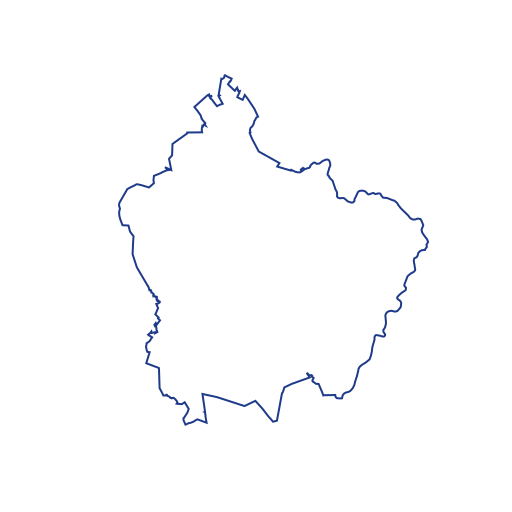 outline of Tepic, Nayarit, Mexico, rotated 55°
{"feature_id": "50627088B74559046187795", "entity_name": "Tepic", "entity_type": "district", "adm_level": 2, "iso_a3": "MEX", "parent_name": "Mexico", "parent_adm1": "Nayarit", "projection": "orthographic", "projection_center": [-104.883, 21.625], "detail": "fine", "context": "isolated", "style": "outline", "palette": "blue", "viewbox_px": 512, "rotation_deg": 55, "n_neighbors": 0, "source": "geoboundaries", "source_scale": "gbopen_adm2", "svg_char_len": 6120}
<svg xmlns="http://www.w3.org/2000/svg" viewBox="0 0 512 512"><g transform="rotate(55 256 256)"><path d="M317.2,411.9L318.3,410.1L318.4,409.6L318.2,409.1L318.6,408.6L319.6,408.9L320.4,408.3L321.1,407.9L321.8,407.7L322.2,407.4L323.2,407.5L324.0,406.4L324.4,406.4L324.5,405.6L325.0,404.8L326.9,404.3L329.6,404.1L330.6,404.5L330.9,404.4L331.2,404.5L331.5,405.6L331.9,405.2L332.3,405.0L332.5,404.3L333.5,403.4L334.8,401.8L334.9,398.3L342.6,398.8L344.8,401.8L347.3,407.8L347.2,408.3L347.3,408.4L348.8,409.5L353.6,410.5L353.7,409.9L354.0,409.5L354.2,407.4L355.2,405.0L355.9,402.0L355.9,399.9L356.2,397.7L364.2,392.1L358.6,389.5L357.3,388.6L357.1,388.6L356.8,388.3L356.0,388.1L354.7,387.4L354.5,387.5L354.6,387.2L338.3,379.0L348.8,369.3L349.2,369.1L349.5,368.7L372.3,351.5L374.3,339.6L384.7,338.3L395.0,337.8L397.8,337.4L401.5,337.1L402.9,333.3L383.3,313.4L383.1,312.4L381.5,310.1L379.9,308.2L381.3,299.9L386.3,281.6L380.9,281.6L381.9,281.1L382.1,281.3L382.5,281.0L384.2,280.9L385.5,278.8L386.1,279.0L386.6,278.8L386.9,279.4L389.0,278.8L390.1,280.7L390.1,281.0L390.9,281.5L391.5,281.5L392.1,281.1L395.1,280.2L396.7,278.1L404.9,279.8L408.8,280.8L408.8,280.5L414.5,272.1L415.3,270.8L416.2,271.3L417.4,271.6L418.8,271.3L420.8,269.0L421.9,267.1L420.2,265.4L419.6,264.2L419.2,262.7L419.3,261.0L419.9,259.5L420.6,257.2L420.5,255.5L419.7,252.4L418.0,249.4L415.0,245.9L412.6,242.6L409.4,238.9L407.3,236.8L406.3,234.8L405.9,231.8L406.2,226.9L405.8,222.2L403.6,219.1L400.7,215.9L397.5,213.1L392.6,207.0L390.6,205.6L389.9,204.7L389.6,203.8L389.6,203.1L390.2,202.3L392.5,200.1L394.8,198.3L395.4,197.1L395.1,195.8L394.0,195.1L391.7,195.2L389.7,194.3L388.6,191.4L386.0,188.4L384.6,187.4L378.8,184.1L377.6,182.2L377.2,180.4L377.6,178.3L378.7,176.3L381.1,174.3L382.2,172.0L381.4,168.5L380.8,166.7L377.8,164.0L376.3,163.7L374.7,163.8L373.6,164.4L371.5,164.6L370.7,163.7L370.1,161.3L369.7,157.7L369.8,155.1L369.8,153.1L368.8,151.9L367.9,151.3L366.1,151.6L365.0,151.3L363.6,149.6L362.3,147.5L360.4,144.8L359.5,143.4L359.1,139.4L359.5,136.2L359.1,134.1L358.5,133.4L355.1,131.8L354.1,131.2L352.2,130.4L350.6,129.6L349.7,128.9L348.7,127.5L349.1,125.2L348.5,123.6L346.5,121.1L346.1,119.1L346.4,116.8L348.0,114.0L347.2,113.0L346.9,111.5L346.5,110.8L345.9,110.4L344.7,110.1L343.2,107.0L340.5,106.3L336.3,106.5L332.0,106.4L329.5,105.4L326.7,101.3L322.4,100.3L320.0,100.1L318.1,102.1L317.5,104.4L316.3,106.3L314.9,107.4L313.1,108.0L310.0,108.1L300.1,110.0L296.0,110.2L293.4,110.0L290.1,110.9L288.5,112.2L283.9,115.2L282.4,116.8L281.3,118.3L280.3,118.6L279.6,118.5L278.6,118.7L276.7,118.4L276.1,118.5L275.6,119.0L274.9,119.8L274.5,121.1L274.1,121.7L274.0,122.3L273.7,122.7L273.0,123.1L271.9,123.5L271.4,124.3L270.4,127.9L270.0,128.6L269.1,129.0L267.6,129.1L265.7,129.5L264.0,130.8L263.0,132.1L262.2,133.6L262.0,134.7L262.2,136.1L263.4,137.9L265.9,142.6L267.1,143.6L267.5,144.1L267.8,145.7L266.9,147.3L264.1,149.4L259.2,150.7L258.2,151.7L256.9,154.1L255.2,155.4L253.8,155.5L250.7,153.3L248.9,152.8L247.1,152.7L238.4,150.1L233.9,150.9L233.5,150.6L232.5,150.5L231.9,150.5L231.5,150.8L230.2,150.6L228.1,148.3L227.2,146.9L226.2,145.9L224.4,143.2L222.8,142.2L221.1,141.6L219.6,141.3L218.5,141.7L217.8,142.4L217.2,143.4L216.4,146.7L216.6,151.0L215.9,152.5L215.2,153.4L213.6,154.0L212.8,154.8L212.6,155.4L212.8,158.3L213.4,160.1L213.9,160.4L214.2,161.1L214.3,161.9L213.8,162.9L212.7,167.0L212.2,166.8L212.2,167.0L211.5,167.0L211.4,167.3L211.2,167.2L211.0,167.5L210.8,167.4L210.8,167.8L211.2,167.9L210.9,168.7L210.9,169.5L211.2,170.0L211.5,170.0L211.9,169.6L212.5,169.6L212.9,169.3L212.8,171.7L212.4,172.5L210.9,174.3L209.5,175.5L205.6,177.7L206.1,178.4L194.9,187.3L193.3,183.5L172.0,193.8L157.6,192.0L151.5,190.6L151.5,189.6L149.8,189.1L148.2,187.4L147.9,186.7L147.6,184.6L146.4,182.1L144.5,179.9L144.0,178.5L143.0,176.8L142.8,175.2L143.0,174.4L134.5,172.9L122.4,172.6L117.7,172.8L120.4,177.4L115.2,180.2L114.3,179.0L113.9,178.1L113.7,177.9L112.8,176.2L111.6,174.6L111.0,175.9L110.1,175.8L109.7,175.5L108.5,175.3L107.3,174.9L108.0,177.3L108.6,178.1L108.6,178.6L99.3,180.5L98.0,177.4L98.3,177.0L97.5,175.3L96.7,174.2L93.5,176.1L90.1,177.8L90.3,178.5L91.5,179.7L91.7,180.2L91.7,181.9L91.4,182.4L90.9,182.7L102.4,194.0L103.6,193.6L103.4,195.0L112.2,196.0L111.3,199.1L110.9,202.0L108.3,202.2L102.6,202.4L100.3,203.0L99.7,202.2L99.7,201.0L99.2,200.8L98.5,202.4L98.3,202.7L96.8,201.8L96.5,203.6L98.6,221.0L104.0,220.7L109.3,220.7L112.4,221.8L112.7,221.6L114.0,221.8L118.1,221.3L118.4,222.3L118.5,222.5L120.2,222.6L118.4,223.6L119.4,225.3L118.8,225.5L120.1,226.9L122.2,228.5L123.8,229.2L115.4,241.5L116.1,241.9L116.3,260.1L125.4,267.0L126.5,271.5L137.0,276.1L131.1,279.6L135.3,278.6L134.5,280.2L134.3,281.4L133.6,284.7L133.5,286.2L132.8,289.5L131.8,293.6L135.1,296.5L137.8,297.9L138.5,304.3L132.3,309.2L129.1,312.1L128.7,312.9L128.5,315.3L127.9,318.5L127.4,323.1L134.1,337.4L135.3,338.7L136.7,339.5L139.2,340.3L141.3,342.7L142.2,343.4L144.5,344.8L148.0,346.1L154.2,347.7L157.9,343.0L163.8,345.2L169.6,345.0L174.4,348.9L183.8,356.1L197.0,360.1L218.6,361.8L218.8,361.6L219.3,361.9L220.4,362.0L222.8,362.9L223.0,362.1L223.4,361.8L223.9,362.1L224.1,361.9L225.4,362.5L225.4,362.2L225.9,362.4L228.1,361.7L228.8,361.8L229.1,362.6L230.2,363.2L230.6,362.3L230.8,362.3L231.4,361.9L231.2,361.9L231.4,361.5L231.8,361.4L232.1,361.0L232.6,360.6L232.8,360.6L233.1,361.1L232.3,361.3L232.4,361.6L233.0,361.5L233.4,361.7L233.7,361.5L234.3,361.9L235.1,361.7L235.3,361.9L234.5,362.3L234.7,362.5L235.2,362.6L235.4,362.5L236.2,362.6L236.2,362.4L235.9,362.2L236.0,362.1L236.4,361.8L236.9,361.9L237.8,361.0L238.6,361.2L238.8,362.3L238.6,363.4L238.7,363.5L238.1,365.2L242.6,366.1L243.7,368.1L245.0,370.0L246.0,371.9L250.6,371.1L251.0,372.1L253.6,371.5L255.3,376.7L253.4,376.5L254.1,378.7L255.7,379.0L255.9,378.1L257.1,378.5L257.9,379.0L259.6,379.9L261.7,380.4L261.4,382.8L261.3,382.7L260.5,382.4L259.2,385.6L257.8,385.0L258.4,387.0L258.6,389.5L259.2,389.4L263.0,387.7L264.7,391.9L264.8,395.3L264.7,395.7L266.2,396.9L267.0,398.0L270.1,399.4L272.2,400.0L273.8,398.3L280.9,407.4L292.0,399.8L292.8,400.2L309.0,410.8L313.7,411.3L317.2,411.9Z" fill="none" stroke="#1e3a8a" stroke-width="2"/></g></svg>